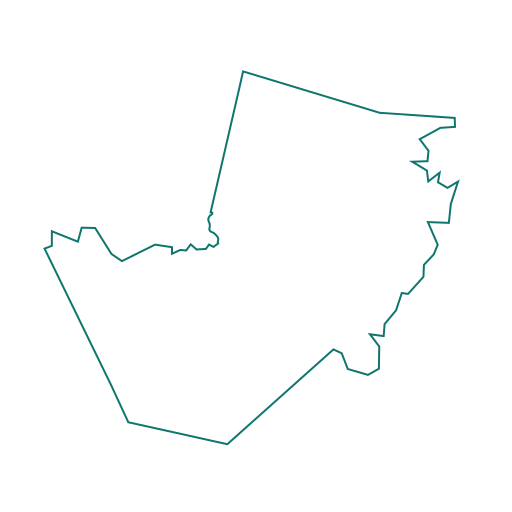 the district of Butler, Kentucky, United States of America, rotated 175°
{"feature_id": "52423323B68914113010004", "entity_name": "Butler", "entity_type": "district", "adm_level": 2, "iso_a3": "USA", "parent_name": "United States of America", "parent_adm1": "Kentucky", "projection": "robinson", "projection_center": [-86.694, 37.197], "detail": "fine", "context": "isolated", "style": "outline", "palette": "teal", "viewbox_px": 512, "rotation_deg": 175, "n_neighbors": 0, "source": "geoboundaries", "source_scale": "gbopen_adm2", "svg_char_len": 1153}
<svg xmlns="http://www.w3.org/2000/svg" viewBox="0 0 512 512"><g transform="rotate(175 256 256)"><path d="M411.7,140.3L397.7,101.5L301.0,71.0L187.0,156.2L179.1,151.6L174.4,135.4L154.8,127.8L143.4,133.0L141.1,155.1L149.3,168.1L135.8,165.1L133.8,177.0L121.2,189.7L114.0,206.4L107.8,205.0L91.0,220.7L89.5,232.5L78.8,242.1L74.0,251.4L81.8,274.8L61.0,272.2L57.4,290.8L48.3,312.5L59.3,307.2L68.3,313.6L65.8,323.0L77.9,315.3L78.3,326.2L92.2,336.3L76.9,335.5L75.0,345.8L82.7,358.1L61.2,367.6L46.5,367.3L46.0,376.2L120.4,387.9L252.8,441.0L258.8,422.2L297.4,303.5L296.4,303.4L295.7,302.7L296.0,301.7L297.2,300.9L298.0,300.5L299.1,299.4L300.1,297.7L300.4,296.6L300.2,295.0L299.6,293.1L299.4,291.9L299.4,290.5L299.5,289.0L300.1,287.2L300.2,286.4L299.5,284.6L296.7,283.0L295.7,282.3L293.5,279.7L292.7,278.5L292.2,277.2L292.1,276.4L292.3,275.0L292.7,274.0L292.9,273.0L292.5,271.8L297.6,268.8L301.8,271.5L305.3,267.4L314.7,267.7L320.0,273.3L325.1,267.6L330.9,268.6L339.5,265.6L338.9,272.1L355.6,276.1L390.0,262.6L399.8,270.6L413.8,297.9L427.2,299.4L432.2,285.8L457.2,298.4L458.5,283.9L466.0,281.8L411.7,140.3Z" fill="none" stroke="#0f766e" stroke-width="2"/></g></svg>